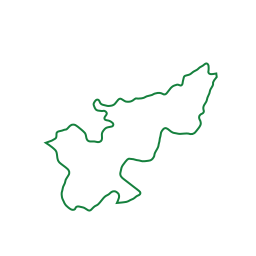 Tenares, Hermanas, Dominican Republic (orthographic projection), rotated 218°
{"feature_id": "3306468B80209753736626", "entity_name": "Tenares", "entity_type": "district", "adm_level": 2, "iso_a3": "DOM", "parent_name": "Dominican Republic", "parent_adm1": "Hermanas", "projection": "orthographic", "projection_center": [-70.314, 19.443], "detail": "fine", "context": "isolated", "style": "outline", "palette": "green", "viewbox_px": 256, "rotation_deg": 218, "n_neighbors": 0, "source": "geoboundaries", "source_scale": "gbopen_adm2", "svg_char_len": 4993}
<svg xmlns="http://www.w3.org/2000/svg" viewBox="0 0 256 256"><g transform="rotate(218 128 128)"><path d="M183.7,65.7L179.9,66.0L176.0,66.1L173.5,66.0L171.6,65.8L170.4,65.4L169.3,64.8L167.9,63.6L165.2,60.9L164.2,60.1L163.2,59.4L162.0,58.9L160.8,58.6L158.8,58.5L152.9,58.6L150.9,58.5L149.7,58.4L149.1,58.2L148.0,57.7L147.5,57.4L146.8,56.6L146.2,55.7L146.0,55.1L145.8,53.9L145.4,50.1L145.2,48.8L143.9,45.9L143.6,44.8L143.1,42.5L142.8,41.4L141.4,38.5L140.5,36.4L139.9,35.5L139.2,34.6L137.8,33.2L136.9,32.4L135.8,31.7L133.8,30.7L131.9,29.7L130.9,29.3L129.1,28.8L126.5,28.6L124.6,28.6L122.8,28.8L121.6,29.2L120.8,29.8L120.2,30.5L119.9,31.3L119.9,31.7L120.2,33.2L120.1,34.0L119.7,34.8L119.0,35.5L118.6,35.8L114.8,37.6L113.8,38.0L112.7,38.2L109.9,38.5L108.9,38.6L107.9,39.0L107.5,39.3L107.2,39.7L106.9,40.2L106.7,41.2L106.4,43.9L106.2,45.0L105.9,46.1L104.8,48.5L104.5,49.7L104.3,52.2L104.2,57.4L104.1,58.6L103.9,59.8L103.6,60.9L102.5,63.4L102.2,64.4L101.8,66.7L101.4,67.8L100.9,68.7L100.1,69.5L99.2,70.1L98.6,70.3L98.1,70.4L96.9,70.5L95.8,70.4L95.2,70.3L94.6,70.1L93.7,69.4L93.3,69.1L92.6,68.2L92.1,67.2L91.1,64.2L90.6,62.1L87.3,65.2L85.0,67.5L83.7,68.9L82.7,70.5L81.8,72.6L80.3,75.4L79.9,76.6L79.3,79.3L78.9,80.3L78.2,81.6L77.9,82.4L77.8,83.4L78.0,83.9L78.2,84.4L78.7,84.7L79.1,85.0L79.7,85.1L80.8,85.2L100.3,85.1L102.2,85.2L103.4,85.5L104.0,85.7L104.5,85.9L105.4,86.6L106.1,87.4L106.4,87.9L108.7,92.8L109.0,94.0L109.2,95.3L109.3,99.7L109.2,101.6L109.1,102.7L108.7,103.8L108.4,104.3L108.0,104.6L104.6,106.7L101.5,108.0L99.2,109.3L97.1,110.2L96.0,110.8L94.1,112.4L91.8,114.7L90.6,116.1L90.0,117.3L89.9,117.8L89.7,119.0L89.8,120.7L90.0,121.8L91.2,124.2L91.5,125.3L91.8,127.0L92.2,129.9L92.6,131.6L93.0,132.6L94.0,134.5L94.9,136.6L96.5,139.4L97.4,141.5L98.7,143.9L99.2,144.9L99.5,146.7L99.5,148.4L99.4,149.4L98.9,150.4L98.6,150.8L98.1,151.2L97.1,151.5L96.0,151.7L91.6,151.7L89.8,152.0L88.8,152.4L86.9,153.4L84.9,154.4L83.9,155.0L82.9,155.8L79.8,158.6L78.4,159.8L77.1,160.7L75.1,161.6L74.3,162.3L73.5,163.0L73.0,164.0L72.7,164.5L72.4,165.7L72.3,168.2L72.3,171.4L72.4,173.3L72.8,175.2L73.3,176.2L74.0,177.0L75.2,178.0L76.6,178.7L77.5,179.2L78.3,179.9L78.6,180.3L79.1,181.2L79.2,181.7L79.2,182.8L79.0,183.8L78.4,185.0L78.1,185.8L78.1,186.8L78.2,187.2L78.4,187.6L78.6,188.0L80.0,189.1L80.7,189.8L81.3,190.6L81.8,191.7L82.1,192.9L82.5,196.7L82.8,197.9L84.1,200.9L85.2,205.4L86.5,208.3L86.8,209.5L87.3,213.2L87.6,214.2L87.8,214.7L88.9,216.1L89.2,217.1L89.5,218.9L89.5,222.8L92.0,225.3L94.1,223.0L95.4,221.8L96.3,221.2L96.9,221.0L97.4,220.9L97.9,220.9L98.4,221.1L98.8,221.3L99.2,221.6L100.2,223.3L101.2,224.7L102.3,226.0L103.1,226.8L104.1,227.3L104.6,227.4L105.1,227.4L105.6,227.3L106.1,227.0L106.4,226.6L106.8,225.7L107.4,223.2L108.4,220.8L108.8,219.8L109.3,216.9L109.7,215.8L110.8,213.4L111.2,212.3L112.0,209.0L112.5,207.9L113.1,207.0L114.5,205.2L115.1,204.3L115.3,203.8L115.4,203.3L115.2,202.3L113.5,198.6L112.3,196.4L112.1,195.5L112.1,195.0L112.2,194.5L112.5,194.1L112.8,193.8L113.6,193.5L115.3,192.9L116.0,192.4L117.7,189.9L118.4,188.4L118.7,187.2L118.9,185.9L118.9,179.6L119.0,178.5L119.4,177.5L119.7,177.1L120.1,176.8L120.5,176.5L123.0,175.9L123.5,175.7L124.5,175.2L126.0,174.1L127.2,172.7L128.3,171.3L129.5,168.7L132.8,164.4L134.0,161.8L134.6,160.9L135.7,159.6L136.9,158.5L138.1,157.4L139.4,156.6L140.1,156.0L140.5,155.1L141.2,152.6L141.7,151.5L142.3,150.5L143.5,149.2L145.0,148.1L146.0,147.5L147.2,147.2L150.9,146.8L151.9,146.5L152.3,146.2L152.6,145.7L152.9,145.2L153.1,144.2L153.2,139.2L153.4,138.0L153.6,137.4L153.9,136.8L154.5,135.8L155.3,134.9L156.2,134.0L157.1,133.2L158.1,132.6L162.1,130.8L163.1,130.5L164.2,130.4L165.2,130.6L167.2,131.6L168.1,131.9L168.6,131.9L169.1,131.8L169.6,131.5L170.0,131.1L170.2,130.7L170.4,130.2L170.5,128.6L170.3,127.0L170.0,126.0L169.7,125.5L168.9,124.8L166.7,123.5L165.7,123.1L164.7,122.8L164.1,122.8L163.5,122.9L162.5,123.2L159.0,125.3L157.5,126.8L156.6,127.1L155.6,127.2L154.7,127.0L154.2,126.8L153.8,126.5L153.5,126.1L153.2,125.1L153.1,122.7L152.9,121.8L152.7,121.3L152.4,121.0L152.0,120.7L151.5,120.5L151.0,120.5L150.6,120.6L149.7,120.9L148.4,121.6L147.5,122.0L146.4,122.3L145.2,122.5L144.1,122.5L143.1,122.5L142.6,122.3L142.2,122.1L141.7,121.7L141.5,121.3L141.3,120.7L141.3,120.2L141.4,119.7L142.0,118.8L144.2,116.3L144.9,115.3L145.2,114.8L145.4,114.2L145.7,113.1L145.8,111.3L145.7,109.5L145.4,108.4L145.2,107.8L144.6,106.8L142.3,104.1L141.7,103.1L141.3,102.0L141.3,100.9L141.5,100.4L142.0,99.4L142.3,99.0L143.1,98.3L144.0,97.8L146.0,96.8L149.7,94.0L150.8,93.5L151.3,93.4L152.4,93.4L153.5,93.8L154.5,94.4L156.7,96.3L157.7,97.0L158.8,97.5L160.0,97.7L161.8,97.9L163.7,98.0L168.2,98.1L170.1,98.0L171.3,97.9L171.8,97.7L172.4,97.5L173.3,96.9L174.1,96.1L174.4,95.7L174.8,94.6L175.1,93.5L175.4,90.2L175.6,89.2L175.8,88.8L177.0,87.5L178.4,85.3L180.2,83.1L180.8,82.3L181.0,81.8L181.2,81.3L181.2,80.8L181.2,80.2L180.7,79.3L179.5,77.7L179.0,76.8L178.8,76.3L178.7,75.8L178.7,75.4L178.9,74.5L180.3,71.1L183.7,65.7Z" fill="none" stroke="#15803d" stroke-width="2"/></g></svg>